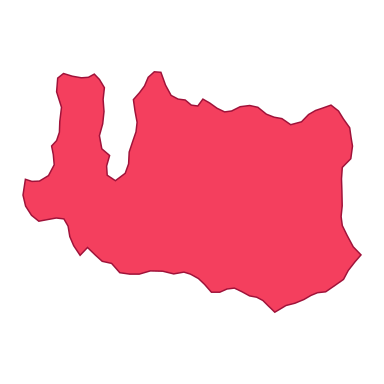 Passabém, Minas Gerais, Brazil
{"feature_id": "56859067B62293805835790", "entity_name": "Passabém", "entity_type": "district", "adm_level": 2, "iso_a3": "BRA", "parent_name": "Brazil", "parent_adm1": "Minas Gerais", "projection": "equal_earth", "projection_center": [-43.184, -19.36], "detail": "fine", "context": "isolated", "style": "filled", "palette": "rose", "viewbox_px": 384, "rotation_deg": 0, "n_neighbors": 0, "source": "geoboundaries", "source_scale": "gbopen_adm2", "svg_char_len": 1591}
<svg xmlns="http://www.w3.org/2000/svg" viewBox="0 0 384 384"><path d="M281.9,118.6L274.1,117.2L266.4,114.2L257.9,107.3L249.7,105.5L240.2,106.7L231.6,111.0L224.6,111.9L217.1,108.3L210.0,103.2L202.9,99.1L197.8,106.0L191.3,105.1L185.2,100.0L178.1,99.1L171.1,95.4L165.5,85.1L160.9,72.3L154.3,71.8L148.2,77.3L144.5,86.0L139.5,92.7L133.4,99.6L135.0,111.0L137.1,122.3L136.0,131.9L132.7,141.5L129.2,152.0L128.6,163.9L125.2,173.3L115.4,180.7L107.2,175.2L106.6,166.0L109.6,155.5L101.8,148.8L99.4,135.7L102.7,123.8L104.0,111.5L103.1,99.4L104.4,87.7L99.4,79.4L94.3,74.1L88.4,77.3L81.4,77.8L72.3,76.2L63.5,73.5L57.7,78.1L56.6,91.8L61.5,107.3L59.8,121.5L59.4,132.3L56.6,140.6L51.6,146.0L53.3,154.6L54.2,164.8L48.5,175.6L39.4,181.1L31.9,181.4L25.4,179.3L23.0,195.1L25.6,206.1L31.5,215.3L38.8,221.2L48.5,219.4L56.3,218.0L63.9,218.9L68.1,226.2L69.8,236.6L73.7,245.7L80.1,255.3L87.5,247.5L95.6,255.3L102.2,261.3L111.6,263.4L119.8,272.7L129.6,274.1L139.3,274.1L150.3,270.9L162.7,271.2L173.7,273.9L183.9,272.1L190.4,274.1L198.4,278.5L204.6,284.4L211.4,292.2L219.8,292.2L227.0,289.0L234.4,288.1L241.9,291.7L249.6,295.9L256.7,297.2L262.9,300.5L267.9,305.5L274.8,312.2L286.0,305.5L295.0,303.2L303.9,299.5L311.0,295.4L317.5,292.7L325.7,291.8L335.1,285.3L343.5,279.4L348.3,270.4L355.1,261.7L361.0,254.9L353.2,246.8L347.0,235.2L342.3,225.6L341.1,216.6L342.2,205.8L341.9,191.0L341.5,178.8L342.3,167.4L350.8,158.7L352.5,146.1L351.1,137.8L349.7,127.8L343.3,118.8L338.5,111.0L331.0,105.1L322.0,108.3L315.5,110.5L308.6,114.5L301.5,121.8L290.7,124.7L281.9,118.6Z" fill="#f43f5e" stroke="#9f1239" stroke-width="1.5"/></svg>